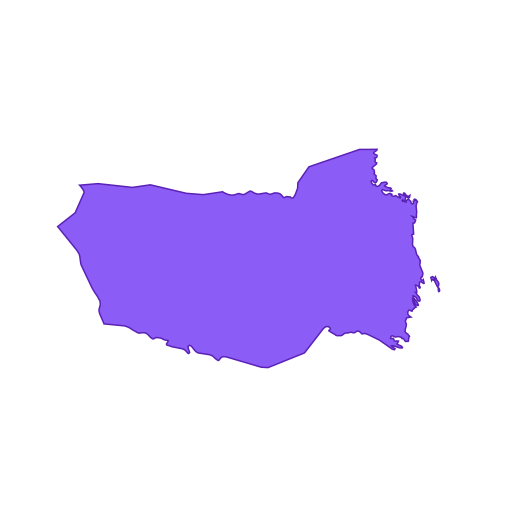 Västerbotten, orthographic projection, rotated 325°
{"feature_id": "SWE-192", "entity_name": "Västerbotten", "entity_type": "County", "adm_level": 1, "iso_a3": "SWE", "parent_name": "Sweden", "parent_adm1": "", "projection": "orthographic", "projection_center": [19.633, 64.883], "detail": "fine", "context": "isolated", "style": "filled", "palette": "violet", "viewbox_px": 512, "rotation_deg": 325, "n_neighbors": 0, "source": "natural_earth", "source_scale": "10m", "svg_char_len": 6154}
<svg xmlns="http://www.w3.org/2000/svg" viewBox="0 0 512 512"><g transform="rotate(325 256 256)"><path d="M92.5,224.4L92.8,223.6L94.8,213.8L95.7,211.3L96.7,209.8L100.6,206.5L102.3,203.5L102.9,198.6L103.0,193.1L103.4,188.0L107.6,163.2L108.2,161.5L111.6,154.9L112.3,152.7L112.5,148.4L110.4,118.1L132.6,116.9L151.8,105.3L152.3,103.9L152.4,101.7L152.3,98.3L152.1,96.8L168.1,106.1L194.1,128.9L210.3,137.1L234.9,164.7L248.0,175.5L264.6,183.8L265.4,184.1L266.3,186.2L268.3,189.4L270.5,191.8L273.0,193.4L277.6,194.8L280.3,198.0L281.8,198.9L288.0,199.3L288.8,199.7L289.3,200.4L290.7,203.5L293.1,206.5L300.5,210.1L302.8,213.6L307.5,215.0L310.0,217.0L311.2,218.6L311.8,220.5L312.1,223.7L313.0,224.6L314.3,224.6L315.7,225.2L315.9,225.6L318.0,227.3L318.1,228.5L318.9,229.3L319.7,229.6L320.9,229.3L323.4,228.2L328.9,224.4L332.3,220.0L350.5,213.3L402.0,228.1L414.9,237.1L416.4,238.0L415.6,238.7L411.8,238.7L411.3,239.4L411.8,241.0L413.0,243.0L411.7,244.3L411.2,244.5L409.9,243.8L409.4,243.8L409.3,244.5L409.1,245.3L407.7,246.9L407.6,247.8L408.3,248.9L407.6,249.7L402.1,250.2L401.5,250.6L401.5,251.4L402.0,252.8L401.8,253.9L401.0,255.5L400.4,256.2L399.8,256.4L400.4,259.2L399.5,260.4L398.6,261.3L399.1,263.1L398.3,263.8L396.8,264.5L396.0,264.6L395.3,264.1L395.0,262.9L394.9,261.7L394.7,260.9L393.9,260.6L393.2,261.0L392.7,262.1L392.6,263.6L392.8,264.9L393.4,265.5L394.8,266.0L394.5,267.6L395.4,268.6L396.2,269.0L398.0,268.9L400.8,268.0L403.7,269.3L404.9,270.1L405.2,271.7L404.6,272.2L402.3,272.1L401.4,272.4L402.3,274.2L403.3,275.6L405.3,277.5L405.4,278.2L404.6,278.2L404.3,278.8L404.5,279.6L405.1,280.4L405.1,281.0L403.9,280.5L401.7,278.1L400.5,277.6L399.5,276.8L398.6,275.3L397.6,274.1L396.5,274.5L396.1,275.9L396.2,277.7L396.8,279.4L397.6,280.6L398.9,281.0L400.4,281.1L401.8,281.6L402.7,283.4L401.8,283.6L401.9,284.6L402.5,285.7L403.4,286.3L404.8,286.5L405.3,286.9L405.9,288.8L406.5,289.4L407.1,290.9L407.6,291.2L408.0,290.9L408.1,290.3L408.0,289.8L407.9,289.8L408.1,288.5L408.2,287.5L408.4,287.1L409.4,287.6L410.3,289.0L411.4,290.9L412.3,291.8L412.7,289.2L413.1,289.1L413.6,289.5L413.8,290.0L413.9,292.5L414.4,293.7L415.1,294.4L415.8,294.7L416.8,294.6L415.6,295.9L414.9,296.1L414.3,295.8L413.0,293.6L412.7,293.3L410.5,295.4L409.2,296.2L408.7,295.2L408.5,294.5L408.2,294.1L407.8,294.2L407.5,294.5L407.4,295.2L408.3,295.6L409.3,297.4L409.9,298.0L410.9,296.9L412.8,296.6L413.4,296.8L413.5,297.3L414.1,299.8L413.6,301.4L413.7,302.6L414.3,303.2L415.1,303.4L415.5,303.1L416.0,301.6L416.3,301.2L418.2,301.9L417.9,300.4L418.5,300.4L419.0,300.9L419.4,301.9L419.5,303.3L419.3,304.4L418.1,304.5L417.0,305.9L415.9,306.7L412.9,312.1L411.1,314.1L410.3,315.5L409.2,316.6L408.2,315.6L407.3,313.9L406.6,313.1L406.9,314.9L406.7,316.7L407.0,317.1L407.4,318.2L406.6,318.6L405.3,319.7L404.6,319.8L403.9,319.4L403.6,319.0L403.3,319.2L397.7,328.5L395.9,327.9L395.5,328.5L394.4,331.7L390.9,336.2L390.1,338.3L390.7,340.1L390.4,342.1L388.6,346.5L388.4,348.4L388.5,348.2L388.7,349.6L388.7,349.9L388.3,350.1L388.2,350.7L388.1,352.8L388.0,353.9L387.7,354.4L387.2,354.6L386.5,355.9L385.5,356.5L384.7,358.1L383.1,365.2L382.6,366.2L380.4,368.3L378.4,368.5L377.9,369.1L377.7,370.5L378.1,371.2L378.8,371.4L379.5,371.2L378.6,373.7L378.0,374.8L377.5,374.6L376.5,372.1L375.9,371.4L375.0,371.3L372.8,373.9L372.7,375.3L372.3,376.1L371.8,376.3L371.3,375.7L371.7,374.6L371.6,373.6L371.1,372.8L369.9,371.4L367.7,376.7L366.9,377.9L365.8,377.2L366.0,378.1L365.8,380.1L366.2,383.1L365.9,384.3L365.5,385.5L365.0,386.4L364.4,386.8L363.6,386.5L363.1,385.6L363.0,384.3L363.4,382.7L363.4,381.7L362.9,380.3L362.3,379.1L361.6,378.7L361.2,380.2L361.4,386.7L360.9,389.3L360.3,389.5L359.6,388.8L359.0,387.6L359.0,386.5L359.7,383.8L359.9,382.3L359.7,381.0L358.8,382.4L358.0,384.7L357.5,387.3L357.9,389.7L356.8,389.5L353.7,389.8L352.1,390.7L351.6,390.1L351.0,388.6L350.7,388.3L349.9,388.1L348.9,388.5L348.0,389.2L347.4,390.2L346.9,391.6L347.1,392.8L347.9,394.9L344.2,393.2L343.5,393.1L342.8,393.9L341.1,394.9L340.8,395.3L340.1,398.1L338.3,400.0L336.4,401.5L334.8,403.3L334.7,404.4L335.5,407.2L335.7,409.6L335.6,410.0L334.4,410.4L332.3,412.9L331.7,413.2L329.4,411.7L329.3,410.2L329.5,409.1L329.3,408.2L328.2,407.4L328.5,405.9L327.8,405.4L326.5,403.6L324.1,402.6L323.4,401.9L322.5,400.3L321.4,399.3L320.3,399.4L319.0,400.7L320.1,401.7L321.3,402.2L320.7,404.9L321.2,405.8L322.5,406.2L323.9,407.4L322.6,408.3L321.1,408.8L321.0,409.2L323.3,413.0L323.5,413.7L323.6,414.9L323.2,415.2L322.2,414.7L320.6,413.2L316.8,408.0L315.5,407.3L315.5,408.2L316.7,411.7L315.7,412.2L314.8,411.3L314.0,410.3L313.9,409.6L308.9,395.8L303.0,385.1L301.6,382.9L300.6,381.9L298.2,380.6L297.9,380.2L297.8,378.6L297.3,377.0L296.3,375.9L295.3,375.4L293.5,375.5L292.6,375.3L291.5,374.6L290.4,373.2L289.5,372.6L287.3,371.8L285.0,370.4L284.3,370.2L280.8,370.3L279.8,369.9L277.0,368.0L276.3,367.2L275.9,366.6L275.7,365.7L273.0,359.9L272.8,359.0L273.0,358.7L274.6,358.8L275.0,358.5L275.3,357.9L275.2,356.8L274.8,355.3L272.9,354.0L269.9,354.0L240.1,363.2L201.8,354.3L196.5,350.1L173.7,321.5L171.9,320.0L170.6,319.3L168.9,319.2L165.5,320.2L164.8,319.4L164.0,317.2L163.1,313.0L161.5,310.4L152.9,302.1L152.0,300.0L151.6,297.6L151.4,293.4L151.0,292.2L150.2,290.9L148.3,291.1L147.2,293.9L146.4,296.8L145.2,297.3L144.8,297.2L144.5,296.7L144.2,294.8L144.0,292.9L143.8,292.3L143.1,290.8L141.9,289.2L134.8,281.8L134.0,280.4L132.3,278.4L131.8,277.5L132.2,276.7L135.1,275.4L135.5,275.0L135.4,274.7L134.6,273.8L133.5,273.0L132.2,271.0L131.3,269.2L130.6,268.3L128.8,266.6L127.1,265.4L124.4,265.1L124.0,264.8L123.6,264.1L123.0,262.5L122.4,258.6L122.0,256.9L121.1,255.5L120.3,254.7L118.7,253.5L116.5,252.5L115.2,251.3L112.2,244.9L111.2,242.3L110.5,241.0L108.3,237.9L92.5,224.4ZM388.1,378.7L389.0,378.1L390.4,376.3L390.9,376.1L390.5,377.0L390.7,377.5L390.7,378.0L390.3,378.5L390.2,379.2L390.4,381.1L390.3,382.4L389.8,383.7L388.5,385.1L387.8,385.0L387.1,385.9L387.0,384.8L387.8,379.6L388.1,378.7ZM385.8,376.9L386.9,373.8L388.8,374.1L389.6,376.2L387.4,378.3L387.7,377.6L387.3,376.6L386.9,376.3L385.8,376.9ZM387.4,387.3L387.2,388.4L386.8,389.3L386.2,390.0L385.4,390.1L385.4,389.1L387.1,386.5L387.3,386.6L387.4,387.3Z" fill="#8b5cf6" stroke="#5b21b6" stroke-width="1.5"/></g></svg>